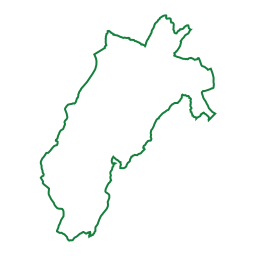 Aquitania, Boyacá, Colombia
{"feature_id": "7082276B52968134659257", "entity_name": "Aquitania", "entity_type": "district", "adm_level": 2, "iso_a3": "COL", "parent_name": "Colombia", "parent_adm1": "Boyacá", "projection": "robinson", "projection_center": [-72.858, 5.421], "detail": "fine", "context": "isolated", "style": "outline", "palette": "green", "viewbox_px": 256, "rotation_deg": 0, "n_neighbors": 0, "source": "geoboundaries", "source_scale": "gbopen_adm2", "svg_char_len": 5738}
<svg xmlns="http://www.w3.org/2000/svg" viewBox="0 0 256 256"><path d="M94.3,54.4L96.0,58.4L96.5,61.2L96.4,64.8L95.2,69.3L92.5,73.9L87.0,82.0L81.1,88.8L80.8,89.8L80.1,90.5L80.1,90.8L79.2,92.0L78.8,93.4L78.3,94.4L78.4,95.6L77.9,97.3L77.7,97.8L77.0,98.2L75.9,101.8L75.2,103.0L74.3,103.6L73.3,103.3L72.1,103.8L69.4,104.3L68.0,104.7L66.7,106.1L65.2,108.3L65.0,109.2L66.7,113.7L67.4,117.3L66.8,118.9L65.1,120.7L64.7,121.4L64.5,122.5L65.0,123.8L64.9,124.8L64.5,125.4L63.3,128.7L62.9,129.2L61.1,130.2L60.3,131.0L59.4,132.6L59.1,133.8L58.8,134.2L58.1,135.8L57.4,138.6L56.1,139.7L55.8,140.4L56.0,140.9L56.9,141.1L57.6,141.6L57.6,143.2L57.2,144.7L56.8,145.2L55.3,145.5L54.2,146.0L52.3,148.0L50.5,150.4L48.3,152.8L46.6,152.9L46.2,153.1L44.6,155.7L43.5,157.2L42.4,158.3L40.9,161.5L40.8,162.2L40.8,163.3L41.6,165.8L41.6,167.9L42.0,169.4L42.5,170.4L42.7,172.7L43.4,173.6L43.7,174.5L43.4,175.7L41.8,176.5L40.8,177.8L43.0,181.4L42.8,183.1L43.7,184.2L49.0,188.5L48.7,192.0L48.7,193.8L48.9,194.7L51.2,199.3L53.9,203.0L54.4,204.6L55.1,205.7L56.5,207.4L57.4,208.2L59.0,208.7L61.5,208.8L62.3,209.0L63.0,210.0L63.5,211.3L63.6,214.3L63.5,216.3L61.3,219.7L59.5,224.4L58.9,225.2L58.2,228.0L57.0,230.7L57.0,231.4L57.7,231.7L58.5,232.3L59.8,232.9L61.7,232.8L63.1,233.8L64.4,234.3L66.9,236.9L67.8,239.4L69.2,240.6L70.6,240.2L71.8,240.4L72.5,240.2L73.1,239.7L73.8,238.5L74.1,238.3L74.5,237.7L76.9,236.4L80.0,233.7L81.1,233.3L83.1,232.0L83.5,232.0L85.8,233.5L86.7,233.5L87.5,232.8L89.3,232.1L90.1,232.0L90.3,232.8L89.6,233.1L89.4,233.4L90.2,234.0L90.2,234.8L89.3,235.2L89.1,235.9L89.2,236.6L90.1,235.9L91.0,235.8L91.8,235.2L92.9,234.9L93.3,234.0L94.1,233.4L94.5,232.1L95.4,231.0L95.4,228.0L95.6,227.0L97.5,224.5L99.2,219.8L100.7,216.5L101.1,215.8L106.5,209.1L107.4,207.5L107.9,205.9L108.0,204.3L107.7,202.0L109.3,197.9L109.3,195.3L109.0,194.7L108.5,194.0L105.8,192.2L105.4,191.4L105.4,190.8L105.8,188.8L107.6,185.0L108.8,183.0L109.4,182.7L110.3,181.6L110.5,180.8L111.1,180.4L110.4,178.2L110.4,176.7L110.9,175.6L110.4,173.6L110.3,172.7L110.7,171.4L111.8,170.0L112.3,168.3L112.4,167.4L112.6,167.0L113.2,166.5L113.7,164.7L114.1,164.1L115.2,163.4L114.2,163.1L112.5,163.5L112.0,162.6L111.7,161.1L112.0,159.0L113.3,156.8L113.8,157.4L114.9,158.2L116.4,159.7L117.4,159.9L119.6,162.0L120.5,162.1L120.5,163.3L120.9,164.6L120.3,166.5L120.3,168.1L123.5,168.2L125.4,167.4L125.8,166.8L126.3,166.4L126.6,165.1L127.5,163.4L127.9,162.8L129.7,161.4L130.2,159.2L131.5,156.6L132.1,156.6L133.0,155.6L133.9,155.4L134.8,154.9L137.1,155.2L138.7,153.9L139.7,153.7L140.8,153.3L142.4,151.4L144.6,149.3L144.0,148.1L143.3,147.9L143.3,147.3L143.8,145.8L145.1,145.0L145.9,143.7L146.2,142.9L147.1,142.1L147.7,141.2L149.0,140.7L150.6,140.6L150.9,140.4L151.4,138.7L150.7,137.1L151.1,134.7L150.8,133.9L150.7,133.0L151.2,130.2L152.2,129.1L153.6,126.5L154.5,123.9L156.6,119.7L157.8,118.6L158.7,118.5L159.2,117.1L162.5,113.5L165.7,111.4L166.5,110.6L168.3,109.9L169.1,108.8L169.8,107.2L170.3,106.4L172.1,104.5L174.7,103.0L177.5,103.0L178.0,102.7L178.5,101.9L179.8,100.8L180.5,99.4L181.6,98.1L181.8,97.5L181.8,95.9L182.2,94.8L182.4,94.6L184.0,95.4L185.4,95.1L187.0,96.2L188.4,96.0L189.2,97.0L189.3,98.0L190.3,98.2L190.8,98.7L190.9,99.4L190.4,100.8L190.9,102.1L190.6,103.3L190.8,103.9L190.4,104.6L190.5,106.5L191.2,107.5L191.5,108.2L191.4,108.5L190.3,109.6L190.7,111.2L190.7,111.8L191.5,112.2L191.8,113.5L192.4,114.7L192.4,115.6L193.2,115.8L193.6,116.7L194.2,117.1L195.7,117.2L196.3,118.2L196.3,118.6L197.1,117.7L200.2,116.1L200.8,115.0L200.8,114.4L201.5,114.2L202.5,113.2L203.7,112.6L204.0,112.8L204.1,113.4L205.5,114.0L208.0,116.2L208.9,117.4L209.1,118.1L208.6,119.5L208.7,120.2L215.2,113.6L212.3,111.9L208.9,108.2L207.7,105.2L206.7,103.7L205.9,101.8L203.8,98.7L203.3,97.6L201.8,92.8L202.1,92.0L203.0,91.1L205.1,90.9L206.7,90.4L209.9,89.3L211.9,88.3L212.7,88.3L213.5,87.7L213.9,84.4L213.5,82.2L213.6,77.7L212.5,73.3L210.8,68.7L207.9,69.8L206.9,68.6L204.4,66.8L202.0,66.0L201.3,64.9L199.8,60.5L198.8,58.2L198.3,58.1L197.9,58.2L197.6,58.4L197.3,59.2L194.6,59.8L192.9,58.6L192.3,58.5L191.3,57.9L190.2,58.0L188.8,58.4L187.9,59.2L187.3,59.2L186.9,58.9L185.8,59.2L185.1,58.9L183.0,58.8L179.7,57.5L177.3,56.9L174.3,55.6L174.8,54.5L174.3,53.5L174.4,52.9L175.6,52.4L176.0,51.6L177.1,50.7L179.2,47.6L180.2,45.6L181.1,42.0L180.6,41.4L180.7,41.2L182.6,38.5L183.7,37.6L184.6,36.1L185.4,35.1L187.6,33.9L188.5,33.2L189.7,30.8L190.6,29.8L190.3,29.8L189.8,29.0L188.9,28.2L188.3,25.4L186.9,25.4L185.9,25.9L184.0,27.4L183.7,28.2L183.3,28.6L181.4,29.3L180.2,29.2L179.8,29.9L178.9,30.8L178.4,30.7L178.0,31.1L176.5,33.4L175.4,33.3L174.4,32.6L174.1,31.0L173.3,29.3L173.6,27.9L173.6,25.8L173.8,24.6L173.6,23.8L173.3,23.2L172.5,22.6L171.2,22.5L170.9,21.7L170.7,19.0L170.3,18.6L169.5,18.3L166.8,18.7L166.6,18.6L166.1,17.8L166.3,15.7L166.1,15.4L164.4,15.5L163.0,16.0L159.9,18.0L159.8,18.7L159.6,19.0L158.3,19.9L157.4,21.5L156.8,22.1L156.1,22.5L154.9,23.9L154.7,24.7L154.3,25.2L154.3,25.9L153.9,26.7L153.7,27.6L151.9,30.4L151.5,32.6L151.2,33.4L150.7,33.9L150.5,34.8L150.0,35.4L149.6,36.3L149.2,36.6L148.2,39.0L147.9,39.1L146.8,40.9L146.6,41.7L146.1,42.7L146.0,43.7L145.3,45.1L145.4,45.8L145.1,46.2L144.6,45.4L143.2,44.9L142.6,44.4L141.6,44.6L141.2,44.5L140.5,43.3L139.6,43.1L138.8,42.3L137.5,42.0L136.2,41.2L134.9,41.1L133.9,40.0L131.8,39.8L130.6,39.9L130.3,39.6L129.6,39.4L129.3,39.0L129.5,38.3L128.9,37.9L128.1,37.9L126.6,38.0L124.4,37.6L123.2,37.9L122.1,37.4L120.2,36.8L117.3,35.4L115.1,35.1L114.2,34.5L113.8,34.8L113.3,34.7L112.8,33.6L111.3,32.9L110.4,32.1L110.4,31.9L108.9,30.9L107.7,31.1L107.7,32.6L107.4,33.3L106.4,34.1L106.5,34.6L105.8,36.8L105.9,38.1L105.6,38.7L105.8,39.7L105.7,42.6L106.1,44.7L106.4,45.1L106.3,45.4L105.3,46.0L104.9,46.7L104.7,47.3L104.9,47.9L94.3,54.4Z" fill="none" stroke="#15803d" stroke-width="2"/></svg>